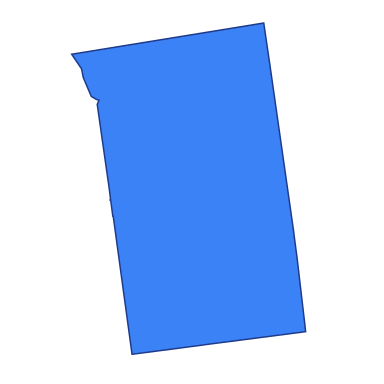 Alamance, North Carolina, United States of America, rotated 171°
{"feature_id": "52423323B75735385248620", "entity_name": "Alamance", "entity_type": "district", "adm_level": 2, "iso_a3": "USA", "parent_name": "United States of America", "parent_adm1": "North Carolina", "projection": "robinson", "projection_center": [-79.37, 36.046], "detail": "fine", "context": "isolated", "style": "filled", "palette": "blue", "viewbox_px": 384, "rotation_deg": 171, "n_neighbors": 0, "source": "geoboundaries", "source_scale": "gbopen_adm2", "svg_char_len": 562}
<svg xmlns="http://www.w3.org/2000/svg" viewBox="0 0 384 384"><g transform="rotate(171 192 192)"><path d="M94.7,347.7L289.3,346.9L281.8,330.9L281.9,330.3L281.9,330.1L281.8,329.9L281.5,322.1L276.5,302.1L271.8,298.3L269.5,297.2L271.9,293.4L273.2,210.1L273.2,209.4L273.6,197.1L274.2,196.9L273.6,195.8L274.0,180.5L273.6,180.4L276.6,41.1L225.5,39.7L207.6,39.2L200.7,39.1L105.6,36.4L101.6,36.3L101.6,37.2L101.3,42.6L98.5,111.3L98.4,115.5L97.9,134.9L97.8,135.4L95.2,304.3L95.1,311.6L95.1,314.1L94.7,347.7Z" fill="#3b82f6" stroke="#1e3a8a" stroke-width="1.5"/></g></svg>